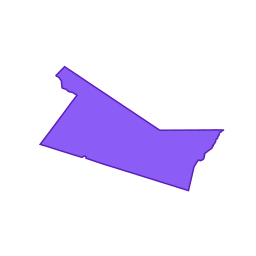 Pastos Bons, Maranhão, Brazil, rotated 246°
{"feature_id": "56859067B22481122312291", "entity_name": "Pastos Bons", "entity_type": "district", "adm_level": 2, "iso_a3": "BRA", "parent_name": "Brazil", "parent_adm1": "Maranhão", "projection": "equal_earth", "projection_center": [-44.164, -6.652], "detail": "fine", "context": "isolated", "style": "filled", "palette": "violet", "viewbox_px": 256, "rotation_deg": 246, "n_neighbors": 0, "source": "geoboundaries", "source_scale": "gbopen_adm2", "svg_char_len": 1545}
<svg xmlns="http://www.w3.org/2000/svg" viewBox="0 0 256 256"><g transform="rotate(246 128 128)"><path d="M87.1,214.9L90.5,207.6L91.9,204.3L93.3,201.0L95.7,195.7L97.0,192.6L111.8,158.9L112.6,157.1L113.0,156.1L144.4,136.3L147.0,134.6L166.4,122.4L179.8,113.9L193.5,105.3L195.1,104.3L196.1,103.7L207.9,96.2L209.8,95.1L206.5,86.7L205.3,83.6L204.5,83.7L203.9,84.2L203.0,85.0L202.0,85.6L199.8,85.9L198.8,86.2L198.0,86.3L197.1,86.0L196.3,85.6L195.0,85.2L194.3,85.1L193.4,84.7L192.3,84.3L191.6,84.1L190.7,84.6L189.9,85.7L189.0,86.7L188.0,87.5L187.2,87.8L186.4,88.0L184.9,89.1L184.4,90.2L183.7,91.0L183.2,91.7L181.2,93.0L179.5,94.2L178.6,94.6L176.1,90.1L174.3,86.7L168.5,76.6L161.9,64.7L160.8,62.9L159.0,59.5L156.8,55.7L148.8,41.1L147.8,42.2L146.5,43.7L146.0,44.4L134.7,57.1L133.8,58.1L128.2,64.5L121.1,72.6L120.5,73.3L119.9,74.2L120.0,75.1L120.2,76.0L119.6,77.6L118.9,78.0L117.5,77.3L105.0,90.9L103.7,92.4L92.3,105.4L90.0,108.0L88.7,109.5L86.9,111.6L86.2,112.4L77.1,122.7L63.0,138.7L46.2,157.8L48.0,159.1L60.0,168.2L65.7,172.5L66.8,174.2L67.8,175.7L68.7,176.6L69.1,177.8L69.9,178.5L70.1,179.4L68.7,180.8L68.6,183.5L69.1,184.6L70.3,185.7L71.5,186.3L72.0,187.1L72.7,187.2L73.4,187.2L73.6,188.1L73.9,189.5L74.1,190.6L74.5,191.9L74.7,193.1L75.1,194.7L75.4,196.2L75.9,197.1L76.6,197.6L77.1,198.7L77.8,198.5L78.1,199.6L78.7,200.8L79.5,201.9L80.1,202.7L80.9,202.9L81.6,203.7L81.9,204.8L82.4,205.7L82.9,206.3L83.8,206.7L84.5,208.3L85.8,209.1L86.8,210.3L86.5,211.4L87.0,212.2L87.2,213.5L87.1,214.9Z" fill="#8b5cf6" stroke="#5b21b6" stroke-width="1.5"/></g></svg>